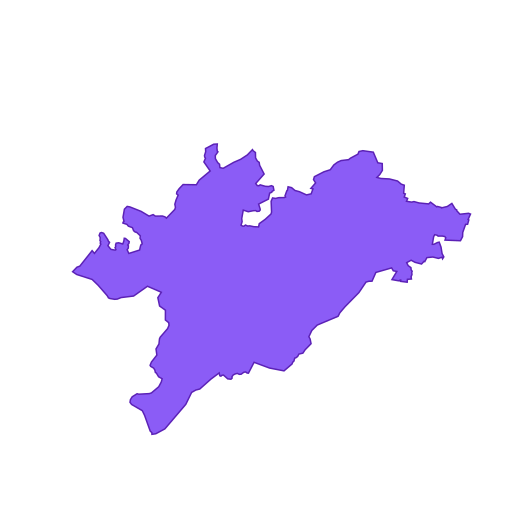 the district of Longford Lea-7, Longford, Ireland, rotated 321°
{"feature_id": "5873133B83670029874089", "entity_name": "Longford Lea-7", "entity_type": "district", "adm_level": 2, "iso_a3": "IRL", "parent_name": "Ireland", "parent_adm1": "Longford", "projection": "equal_earth", "projection_center": [-7.802, 53.758], "detail": "fine", "context": "isolated", "style": "filled", "palette": "violet", "viewbox_px": 512, "rotation_deg": 321, "n_neighbors": 0, "source": "geoboundaries", "source_scale": "gbopen_adm2", "svg_char_len": 4450}
<svg xmlns="http://www.w3.org/2000/svg" viewBox="0 0 512 512"><g transform="rotate(321 256 256)"><path d="M62.9,329.1L66.3,331.1L76.4,333.0L108.1,327.1L120.1,321.5L124.9,322.3L128.6,324.0L143.4,323.3L153.8,323.7L152.5,326.3L153.1,327.3L154.6,327.3L155.8,328.1L156.7,333.7L159.0,336.0L160.5,335.9L161.5,334.6L163.6,334.1L166.0,334.7L167.6,335.5L168.5,337.4L170.0,338.5L173.4,338.7L175.0,339.6L175.4,341.3L176.4,342.3L187.6,337.4L196.0,351.6L205.5,362.9L216.1,362.6L217.5,361.7L219.4,361.5L221.8,359.7L222.9,360.2L225.1,360.3L227.6,359.2L231.3,361.0L235.1,359.8L243.6,358.8L245.8,354.6L246.3,352.0L252.5,349.0L260.1,348.2L281.9,354.5L285.4,352.9L293.5,351.4L312.9,349.2L325.1,345.5L327.9,346.7L330.3,348.6L338.8,344.2L353.9,350.6L353.4,353.9L355.7,356.6L346.8,359.9L351.2,365.0L353.0,365.5L353.3,365.9L352.3,366.6L357.0,371.5L359.0,369.4L362.3,371.7L363.5,369.7L365.5,368.6L366.8,366.7L367.8,366.1L367.8,364.5L369.1,362.5L368.2,359.3L368.9,356.0L373.9,356.9L375.6,361.0L379.6,366.4L383.3,365.9L383.6,366.6L387.8,364.8L392.8,368.1L396.3,372.7L399.8,374.0L399.2,375.6L401.4,374.9L402.1,371.3L405.4,365.5L407.1,360.5L405.4,359.7L401.7,358.9L400.4,357.9L406.2,352.8L408.3,351.9L409.8,353.8L410.0,355.1L413.3,357.7L414.9,359.6L415.0,361.2L412.9,362.6L424.5,372.8L428.7,371.0L431.5,367.8L438.8,363.3L440.4,364.5L444.1,361.9L443.8,361.1L449.1,358.4L448.1,356.6L440.8,351.9L440.5,347.3L441.0,346.4L440.4,345.2L441.3,338.4L435.8,337.9L430.4,335.3L430.5,334.8L428.2,331.7L427.4,331.6L425.5,324.0L423.0,324.2L416.1,317.4L413.0,313.1L410.9,312.1L407.4,308.2L410.1,306.7L408.3,303.5L411.1,301.7L410.2,300.2L415.8,294.3L414.1,291.6L413.2,286.8L408.2,280.1L401.8,274.3L399.4,271.0L403.4,270.6L408.1,269.0L412.3,263.6L409.3,260.2L412.5,249.1L405.3,241.4L401.8,239.6L399.3,241.0L390.9,239.4L388.6,239.4L382.2,235.4L378.4,234.4L373.8,234.2L368.0,235.7L361.8,233.3L351.3,231.1L348.8,232.8L348.3,236.7L341.2,238.0L342.5,239.7L338.0,242.4L333.7,240.3L330.2,233.3L327.5,229.6L326.7,225.3L324.5,222.4L321.7,224.8L321.0,224.7L316.4,227.5L316.1,228.8L314.9,228.5L310.3,224.9L307.5,223.6L305.4,221.3L302.2,223.0L295.7,231.7L294.1,232.8L286.3,233.3L278.9,232.9L276.3,235.0L272.8,231.9L270.1,228.6L268.4,227.5L267.3,225.3L265.3,225.2L264.3,224.2L263.8,222.6L266.8,220.6L268.5,217.9L275.0,212.3L277.8,216.7L282.4,219.1L284.4,220.6L284.8,222.0L286.7,223.2L288.2,222.9L288.8,222.1L290.7,217.3L301.4,219.6L306.2,215.7L308.3,216.4L309.1,215.9L311.3,216.2L313.1,212.8L312.3,211.1L309.5,209.9L307.1,207.7L304.0,203.3L302.4,203.2L301.3,202.1L301.4,199.5L313.9,197.4L315.9,187.8L317.4,185.2L316.8,183.1L317.4,179.5L320.7,175.2L320.0,172.4L320.2,171.1L312.9,172.0L304.9,171.2L297.7,169.2L285.7,167.2L283.6,164.6L285.4,161.7L285.0,159.3L285.7,154.8L287.6,152.3L292.0,151.1L291.9,150.1L293.6,147.5L296.4,144.6L293.5,142.5L284.4,140.7L282.5,143.3L279.2,145.5L278.4,146.8L278.3,148.2L274.7,150.1L273.9,161.1L259.6,161.3L254.5,163.1L244.3,154.6L238.7,155.3L234.8,156.4L233.4,157.7L233.8,159.7L229.2,162.1L225.5,164.7L224.0,167.5L222.2,168.7L210.2,170.2L209.9,168.3L208.4,166.0L202.9,161.7L202.1,159.1L198.0,157.7L194.8,149.0L188.9,138.5L187.1,136.4L183.2,136.8L177.0,142.2L175.2,146.0L173.9,146.1L173.3,146.7L175.6,150.2L175.6,152.5L177.8,156.2L176.8,159.3L177.2,161.4L178.1,162.4L178.8,167.5L177.0,169.3L176.7,171.7L175.3,174.8L174.5,175.1L173.9,174.8L172.6,175.5L169.3,178.1L158.8,174.0L159.8,170.0L161.7,169.5L163.3,167.7L163.2,166.7L165.2,166.2L166.5,165.1L165.6,160.2L164.8,159.3L162.6,161.3L160.0,162.8L157.6,159.3L155.4,158.0L153.9,158.9L152.7,160.6L151.8,160.7L151.1,162.9L150.2,162.8L147.4,159.5L147.4,154.8L150.8,153.2L150.6,151.5L151.1,150.2L151.6,145.6L151.6,145.4L151.8,143.7L151.9,142.4L150.7,140.5L149.3,140.0L147.0,141.3L146.5,143.7L144.4,145.9L144.4,147.0L143.0,148.0L142.9,149.1L139.3,150.7L132.1,152.3L132.0,148.7L112.7,153.0L109.8,152.0L103.6,152.8L105.0,157.5L113.9,171.1L114.9,179.3L115.4,193.2L115.0,195.7L115.7,197.1L118.9,200.7L121.1,202.2L125.0,203.4L135.7,210.1L152.6,211.2L159.6,224.6L153.5,226.6L149.6,234.2L151.5,241.1L145.3,248.7L146.2,252.9L144.8,255.1L141.6,256.8L130.5,258.8L128.9,259.6L125.2,263.3L119.8,265.3L116.6,270.6L108.0,272.6L104.9,274.3L104.7,275.5L105.9,278.7L105.6,281.0L104.5,283.2L104.9,284.2L104.3,288.6L105.8,292.3L103.1,294.3L98.1,296.4L88.6,296.6L86.5,295.8L77.9,289.6L76.9,288.2L71.2,287.5L68.0,288.6L66.0,290.4L65.9,293.1L70.3,304.7L69.1,309.8L63.6,325.5L63.9,327.7L62.9,329.1Z" fill="#8b5cf6" stroke="#5b21b6" stroke-width="1.5"/></g></svg>